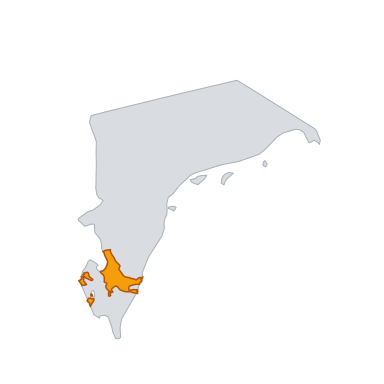 where Sharjah sits in United Arab Emirates, rotated 158°
{"feature_id": "ARE-348", "entity_name": "Sharjah", "entity_type": "Emirate", "adm_level": 1, "iso_a3": "ARE", "parent_name": "United Arab Emirates", "parent_adm1": "", "projection": "orthographic", "projection_center": [55.908, 25.102], "detail": "fine", "context": "in_parent", "style": "filled", "palette": "amber", "viewbox_px": 384, "rotation_deg": 158, "n_neighbors": 0, "source": "natural_earth", "source_scale": "10m", "svg_char_len": 5258}
<svg xmlns="http://www.w3.org/2000/svg" viewBox="0 0 384 384"><g transform="rotate(158 192 192)"><path d="M325.1,109.7L328.8,114.8L329.5,149.6L330.4,152.0L328.4,152.4L326.1,155.1L323.5,159.2L319.9,161.3L317.0,163.7L314.3,166.6L311.9,167.3L308.7,163.5L306.5,159.7L307.0,158.8L308.6,158.6L309.1,156.6L308.2,153.7L306.1,152.7L303.4,152.6L300.8,153.8L298.1,156.4L296.5,159.1L296.3,164.6L297.0,170.7L297.0,173.7L295.4,177.4L294.9,182.9L296.0,187.1L297.0,189.7L297.0,191.8L294.5,198.5L296.7,199.8L304.1,200.3L306.3,204.8L307.8,208.0L307.4,209.8L302.1,211.2L295.5,212.8L290.7,212.3L282.2,214.4L277.6,217.5L278.9,219.5L280.5,221.0L281.2,225.2L279.9,231.2L277.4,236.9L274.4,244.1L270.8,252.4L266.0,264.8L261.8,274.6L261.4,281.6L261.4,286.2L260.9,295.4L257.0,300.4L256.1,300.6L251.5,299.9L250.0,299.7L245.6,299.1L238.7,298.2L229.9,296.9L219.4,295.4L207.7,293.7L195.2,291.9L182.3,290.0L169.4,288.1L156.9,286.2L145.2,284.4L134.7,282.8L125.9,281.4L119.1,280.4L114.7,279.7L113.2,279.5L108.3,278.7L105.8,275.2L102.7,271.0L99.6,266.8L96.5,262.6L93.4,258.4L90.3,254.2L87.3,249.9L84.2,245.7L81.1,241.5L78.1,237.3L75.0,233.1L72.0,228.9L68.9,224.6L65.9,220.4L62.8,216.2L59.8,212.0L56.7,207.7L54.7,204.9L53.6,201.7L53.7,193.6L53.7,191.8L56.0,188.6L56.9,190.9L59.2,194.2L63.2,193.6L65.1,194.1L66.1,205.5L69.0,209.6L72.5,211.3L84.7,212.6L92.4,211.3L107.5,204.3L115.5,201.8L137.2,202.8L154.6,206.2L181.7,208.5L187.0,208.1L201.7,202.4L210.7,197.3L216.1,195.8L219.7,190.8L222.0,184.2L224.1,180.0L226.8,177.9L229.3,174.3L231.4,168.4L236.5,162.4L256.7,148.0L268.4,135.8L269.5,131.8L275.9,125.9L281.0,119.3L304.8,100.7L309.6,93.0L312.4,84.4L312.7,83.8L314.7,83.4L317.6,84.7L317.9,91.2L316.9,97.3L316.8,103.7L316.4,107.2L318.6,110.1L322.3,111.3L324.0,111.2L325.1,109.7ZM324.2,135.9L324.6,133.2L324.0,131.8L321.5,131.6L320.5,133.9L320.2,137.3L321.9,137.6L324.2,135.9ZM189.0,201.8L189.0,204.0L183.2,203.3L181.6,204.3L176.8,203.7L172.2,202.0L175.4,199.5L183.7,196.6L187.1,199.4L189.0,201.8ZM154.9,196.1L150.6,196.4L146.8,193.9L155.0,190.9L157.2,189.5L159.7,186.6L161.5,189.1L159.4,193.1L157.8,194.8L154.9,196.1ZM220.1,185.5L219.6,186.7L218.0,186.6L213.9,185.4L212.6,183.6L215.2,181.5L216.3,181.4L217.9,183.7L220.1,185.5ZM113.9,193.3L112.9,193.8L111.9,190.3L112.1,189.3L114.7,187.8L116.3,190.6L113.9,193.3Z" fill="#d9dde1" stroke="#a8b0b8" stroke-width="1"/><path d="M306.8,152.5L304.5,152.2L302.3,152.8L300.3,154.0L300.1,154.3L298.4,155.8L296.7,158.0L296.1,159.9L296.6,164.8L296.6,165.9L296.3,168.3L296.4,169.5L296.7,170.1L296.1,170.3L293.8,170.3L289.3,169.1L289.7,168.4L289.8,167.9L289.9,167.2L289.9,166.4L289.9,165.3L289.6,163.3L289.0,160.7L288.8,158.8L288.8,157.4L288.7,156.9L288.5,156.1L287.9,154.3L286.9,152.3L286.4,150.8L286.5,150.7L286.8,150.1L287.0,149.8L287.3,149.5L288.0,148.9L288.3,148.5L288.5,148.1L288.6,147.7L288.6,147.3L287.0,140.4L286.3,139.1L285.4,138.1L281.3,135.4L280.9,134.9L280.5,134.4L280.0,134.1L278.2,133.0L277.7,132.6L277.1,131.7L276.7,131.4L276.2,131.5L274.3,132.2L272.7,132.3L269.8,131.4L269.7,131.4L270.5,130.4L271.0,130.2L271.9,130.3L271.6,129.5L271.7,128.7L272.0,128.1L272.7,127.7L273.2,128.2L274.4,127.2L275.4,125.9L276.7,126.7L278.4,127.4L280.4,127.8L285.2,128.1L285.6,128.0L285.9,127.7L286.5,126.8L287.2,124.7L287.0,124.4L286.4,124.2L283.0,123.5L282.3,123.3L281.5,122.7L280.9,122.4L280.0,122.2L279.3,121.8L279.3,121.7L279.2,121.7L279.4,121.4L280.1,120.8L279.4,120.4L279.7,119.7L280.5,118.7L280.6,118.4L280.7,118.5L284.5,120.8L286.2,122.3L286.9,122.7L290.9,124.4L291.9,125.1L294.6,127.5L295.3,128.3L295.7,129.1L296.1,130.7L296.7,132.1L297.1,132.7L297.5,133.1L298.1,133.3L298.8,133.3L299.6,133.3L300.4,133.1L300.8,132.9L301.5,132.6L302.3,132.4L302.7,132.2L303.0,131.9L303.2,131.6L303.3,131.1L303.2,130.5L303.0,130.0L302.8,129.2L303.0,128.8L304.1,128.9L305.0,130.2L305.8,128.6L306.0,127.1L306.2,126.5L306.6,126.3L307.0,126.2L308.2,126.8L307.2,129.9L306.8,130.2L306.5,130.4L306.3,130.7L306.2,131.1L306.2,131.5L306.9,133.0L307.5,134.9L307.5,135.2L307.4,136.6L306.8,137.5L305.9,138.1L305.4,139.0L305.4,139.3L305.5,139.6L305.7,139.9L306.5,140.7L306.7,141.2L307.0,141.6L307.0,141.9L306.6,142.4L305.4,145.5L305.2,146.3L305.2,147.1L305.3,148.0L305.5,148.7L306.5,150.6L306.9,151.9L306.8,152.5L306.8,152.5ZM317.6,147.4L318.3,147.6L318.6,147.8L322.7,152.2L323.7,154.6L323.7,155.2L323.9,156.2L323.0,156.1L322.7,157.4L319.9,157.0L319.3,156.8L318.8,156.4L318.5,155.7L318.6,154.4L318.8,153.8L319.0,153.4L319.0,152.9L318.8,152.1L318.0,150.3L316.9,148.5L316.8,148.1L316.9,147.8L317.6,147.4ZM330.1,152.1L327.0,152.5L326.7,152.8L326.4,153.1L326.3,155.2L326.2,155.2L325.9,155.1L325.2,154.8L324.3,153.8L324.8,152.1L325.1,151.8L325.4,151.3L325.7,150.4L325.7,149.9L325.7,149.5L325.5,149.2L325.3,148.9L325.2,148.5L325.1,147.6L324.9,147.1L324.8,146.7L324.6,146.3L324.5,146.1L324.5,145.8L325.0,145.7L325.5,145.7L328.6,146.4L328.9,146.4L328.9,147.1L330.1,152.1ZM328.1,132.2L325.8,131.7L324.7,130.1L323.0,129.9L323.2,129.4L323.4,128.8L323.7,128.1L324.3,127.6L326.4,126.3L328.7,124.2L329.0,124.1L329.1,125.7L329.1,126.2L328.6,127.0L328.7,127.6L329.2,128.6L329.5,129.2L329.8,129.6L330.0,130.1L330.0,130.5L329.9,130.5L328.5,131.6L328.1,132.2ZM323.8,133.0L324.6,133.6L324.3,134.6L323.2,135.0L323.0,133.4L323.3,133.0L323.8,133.0Z" fill="#f59e0b" stroke="#b45309" stroke-width="1.5"/></g></svg>